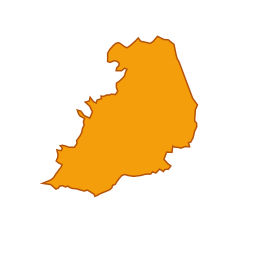 the district of Riozinho, Rio Grande do Sul, Brazil, rotated 216°
{"feature_id": "56859067B78422822608746", "entity_name": "Riozinho", "entity_type": "district", "adm_level": 2, "iso_a3": "BRA", "parent_name": "Brazil", "parent_adm1": "Rio Grande do Sul", "projection": "natural_earth1", "projection_center": [-50.384, -29.607], "detail": "fine", "context": "isolated", "style": "filled", "palette": "amber", "viewbox_px": 256, "rotation_deg": 216, "n_neighbors": 0, "source": "geoboundaries", "source_scale": "gbopen_adm2", "svg_char_len": 1910}
<svg xmlns="http://www.w3.org/2000/svg" viewBox="0 0 256 256"><g transform="rotate(216 128 128)"><path d="M187.5,189.5L188.4,186.0L188.9,180.8L188.4,176.5L185.4,172.4L183.6,169.8L181.1,170.6L178.4,174.6L175.9,175.5L173.2,175.2L172.0,173.0L172.5,170.1L171.3,167.4L166.9,170.5L165.8,174.4L163.4,174.9L162.6,170.9L161.4,168.5L161.7,164.9L162.6,160.4L163.7,157.4L161.2,153.9L158.0,151.8L157.8,147.7L161.4,145.6L162.6,143.5L164.4,142.5L166.2,139.4L168.6,137.9L166.7,136.2L169.4,132.4L168.4,129.6L171.3,129.0L176.7,130.6L175.2,127.1L177.8,123.8L171.9,123.2L166.3,120.2L165.4,116.7L164.7,113.5L170.8,112.3L176.1,113.9L179.6,112.7L176.3,110.4L173.6,109.5L168.7,110.2L167.9,107.1L165.1,104.3L164.6,101.0L162.8,97.3L162.2,93.4L162.2,87.7L160.1,85.3L160.1,80.9L164.5,77.7L167.9,76.7L170.7,75.6L172.4,73.8L169.3,73.2L168.7,70.6L170.6,69.4L172.7,68.5L169.0,65.3L167.6,63.1L166.7,59.1L163.5,58.9L159.9,59.7L159.2,57.3L159.3,48.6L159.0,44.1L159.9,40.6L164.6,33.0L157.3,36.8L150.4,36.2L149.1,38.2L149.0,41.1L146.8,42.9L143.8,43.6L142.5,45.7L140.3,45.6L137.5,46.4L134.0,48.5L130.3,49.8L126.3,51.3L124.4,53.9L119.5,54.3L116.5,54.5L114.7,53.2L113.3,55.4L111.9,58.5L108.0,64.8L106.5,67.3L105.9,70.1L106.8,72.6L105.2,74.8L105.5,78.4L105.4,82.6L105.1,85.9L103.3,88.5L100.3,89.5L95.0,92.2L89.7,97.2L86.7,100.9L82.6,104.1L82.3,107.0L79.0,108.0L78.6,110.8L78.2,113.4L73.8,113.5L73.8,116.0L71.1,118.5L71.0,122.5L75.2,122.6L80.5,123.8L82.6,131.1L78.1,134.2L81.1,139.6L79.0,140.0L76.1,141.7L73.3,142.9L70.9,146.5L67.1,149.0L70.4,151.6L69.0,153.4L69.6,158.3L72.2,164.5L73.1,169.4L75.5,172.3L78.4,173.0L84.3,182.5L85.4,187.5L93.1,190.0L105.9,198.4L120.9,208.4L126.0,211.7L128.9,212.9L132.3,215.6L139.9,222.6L147.3,223.0L151.1,220.6L158.0,219.5L158.5,212.9L159.7,209.6L168.9,205.6L172.6,206.9L173.1,203.0L174.4,196.7L175.9,192.3L179.1,191.7L183.7,191.8L185.8,191.5L187.5,189.5Z" fill="#f59e0b" stroke="#b45309" stroke-width="1.5"/></g></svg>